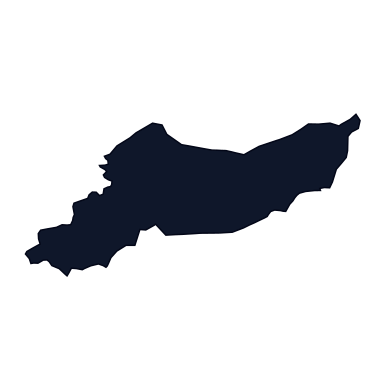 Commonwealth 2, Grand Bassa, Liberia, rotated 99°
{"feature_id": "62588387B22492671376188", "entity_name": "Commonwealth 2", "entity_type": "district", "adm_level": 2, "iso_a3": "LBR", "parent_name": "Liberia", "parent_adm1": "Grand Bassa", "projection": "natural_earth1", "projection_center": [-10.038, 5.878], "detail": "fine", "context": "isolated", "style": "filled", "palette": "ink", "viewbox_px": 384, "rotation_deg": 99, "n_neighbors": 0, "source": "geoboundaries", "source_scale": "gbopen_adm2", "svg_char_len": 1994}
<svg xmlns="http://www.w3.org/2000/svg" viewBox="0 0 384 384"><g transform="rotate(99 192 192)"><path d="M170.4,284.1L172.5,282.5L173.8,280.1L177.6,279.0L179.1,282.1L180.3,287.5L181.6,286.5L183.5,281.4L185.1,279.5L189.0,282.2L191.3,280.6L193.0,276.5L193.7,272.7L197.3,272.5L199.4,273.3L200.3,275.9L202.6,279.4L208.1,279.4L210.0,282.8L207.2,286.6L207.7,290.5L210.9,293.2L214.6,294.0L217.6,299.6L220.9,305.7L221.5,306.8L225.1,307.3L232.7,304.6L235.7,305.4L238.9,305.4L243.3,306.7L244.2,310.2L244.7,315.2L248.1,320.3L251.1,329.1L253.4,335.5L257.1,337.3L262.3,336.2L267.2,333.8L268.8,336.0L272.7,341.0L276.6,345.8L279.3,346.8L283.2,342.3L287.8,339.9L286.9,337.2L286.4,333.0L282.5,328.2L281.8,324.5L283.2,322.1L286.6,318.9L288.5,311.1L293.0,304.5L294.4,302.3L291.9,301.3L286.1,299.2L285.7,294.1L285.9,288.2L284.3,286.1L280.7,280.4L277.7,273.2L278.6,268.2L279.8,265.2L278.4,264.2L275.7,263.4L269.5,261.8L262.1,257.0L255.0,248.8L253.6,240.1L238.4,237.8L237.2,237.6L236.7,231.7L230.8,224.2L229.5,222.9L238.7,211.1L236.8,202.4L235.3,194.9L232.5,182.2L231.4,177.5L230.8,174.2L230.0,169.3L229.3,165.1L228.1,158.2L225.4,145.9L219.4,135.5L215.5,130.0L212.6,125.5L210.0,121.8L206.9,117.3L206.3,116.4L204.4,113.9L202.4,113.1L199.0,111.3L196.9,107.6L196.5,101.8L196.7,99.0L196.5,96.4L188.9,93.6L185.0,91.0L181.5,89.5L178.8,87.9L176.4,85.8L173.7,79.9L171.3,70.9L170.4,65.4L168.5,66.4L166.9,62.1L166.3,56.7L160.2,54.9L157.4,54.5L146.9,53.0L140.9,49.3L133.8,45.1L126.9,44.8L112.7,46.7L107.8,43.8L103.2,37.7L95.2,37.2L93.6,38.6L89.6,42.2L95.5,47.1L101.9,55.3L103.8,57.1L102.4,66.4L105.2,77.6L106.6,87.6L112.8,94.0L119.8,102.0L126.7,114.0L127.6,115.9L136.4,132.8L142.3,140.5L147.1,146.5L146.8,150.9L146.5,155.6L146.2,158.8L145.8,164.9L146.0,166.5L146.4,169.6L146.8,173.5L147.4,178.0L147.5,178.9L147.4,185.7L147.0,202.3L146.9,209.8L145.2,213.2L139.0,225.9L130.5,232.1L130.3,238.7L130.2,241.7L142.3,256.5L148.2,261.7L158.2,273.3L167.5,278.9L170.4,284.1Z" fill="#0f172a" stroke="#020617" stroke-width="1.5"/></g></svg>